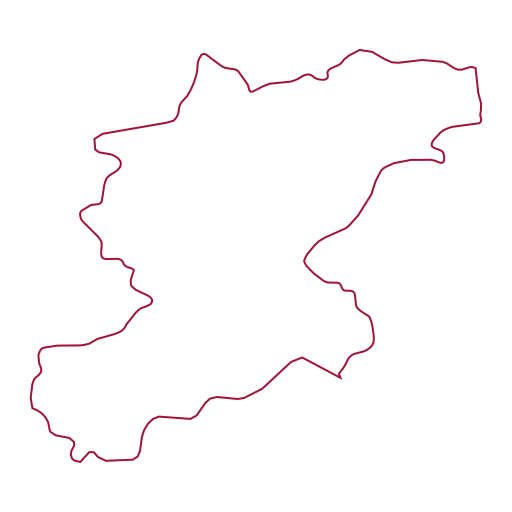 the Province of Belluno
{"feature_id": "ITA-5467", "entity_name": "Belluno", "entity_type": "Province", "adm_level": 1, "iso_a3": "ITA", "parent_name": "Italy", "parent_adm1": "", "projection": "robinson", "projection_center": [12.178, 46.278], "detail": "fine", "context": "isolated", "style": "outline", "palette": "rose", "viewbox_px": 512, "rotation_deg": 0, "n_neighbors": 0, "source": "natural_earth", "source_scale": "10m", "svg_char_len": 3516}
<svg xmlns="http://www.w3.org/2000/svg" viewBox="0 0 512 512"><path d="M359.6,50.0L372.2,51.9L385.1,59.4L391.9,62.3L398.1,62.8L422.2,60.0L442.8,61.8L443.5,62.1L446.8,63.4L454.4,68.3L458.2,69.7L462.1,69.6L468.8,67.4L472.0,67.0L475.6,68.1L478.2,92.7L481.1,103.5L480.9,110.2L480.2,115.1L481.3,119.5L480.6,122.0L479.4,123.2L452.0,126.9L448.0,128.2L444.4,129.8L442.7,130.8L440.5,132.5L433.4,140.2L431.8,143.3L431.6,145.6L432.8,147.0L434.3,148.0L436.2,148.8L438.3,149.4L442.0,151.1L443.3,153.0L444.1,155.6L444.2,160.1L443.2,162.3L441.3,162.9L439.3,162.5L435.5,160.9L431.0,159.8L411.2,159.9L393.7,163.2L384.6,167.5L382.5,169.2L380.9,171.0L375.6,181.2L372.5,190.7L371.4,194.3L358.1,215.5L349.5,225.1L346.1,228.1L324.7,237.7L318.5,241.5L314.3,245.7L307.4,254.0L305.2,258.0L304.2,260.5L304.4,262.1L306.0,265.2L307.1,266.6L313.5,273.2L323.8,281.0L325.6,281.8L327.7,282.5L337.1,282.7L339.1,283.3L340.4,284.4L341.2,286.0L341.9,287.8L342.7,289.3L344.0,290.4L346.2,290.7L350.9,290.8L353.0,291.5L354.5,293.2L355.2,297.0L355.9,304.3L356.3,306.2L357.2,307.7L358.3,309.0L361.1,311.3L369.1,316.5L370.6,319.5L372.0,324.0L373.6,334.2L373.8,339.2L373.5,342.6L372.4,344.9L371.5,346.1L370.4,347.3L367.5,349.6L364.1,351.3L353.9,354.0L352.3,354.8L350.8,356.0L349.5,357.2L348.3,358.7L347.4,360.4L345.8,363.8L343.7,367.4L338.9,373.8L340.4,377.8L302.2,357.5L291.1,361.9L262.3,388.7L244.0,398.0L237.7,399.0L216.8,397.0L209.9,398.7L205.3,403.0L196.6,415.5L190.4,418.9L158.8,416.6L152.9,419.0L147.9,423.8L144.1,430.1L141.8,437.3L140.0,451.1L137.7,456.5L132.7,459.7L106.0,460.8L98.1,457.1L93.9,452.3L89.3,452.1L80.3,462.0L74.1,460.4L71.9,458.3L70.8,454.6L71.4,450.9L74.3,445.4L73.9,442.0L69.5,438.0L55.7,435.3L50.4,431.8L49.6,429.7L48.1,422.1L45.2,417.0L41.4,413.0L37.0,410.2L32.4,408.2L30.7,397.8L32.3,384.4L33.6,380.5L35.1,378.0L38.7,375.1L40.8,372.4L41.3,370.2L41.1,368.1L39.4,364.1L38.9,360.9L38.4,355.0L40.0,350.8L41.7,348.6L43.9,347.7L57.3,345.6L80.5,345.4L85.1,344.7L89.2,343.7L97.5,338.9L115.8,333.7L120.9,331.4L123.3,329.3L124.8,327.5L126.6,324.2L135.7,312.7L138.6,309.9L141.1,308.2L146.4,306.3L150.5,304.2L151.9,302.1L152.1,300.1L151.4,298.4L150.1,297.1L148.6,296.0L136.0,289.9L133.0,287.5L131.8,286.2L130.9,284.7L130.7,282.1L131.0,279.0L133.9,270.3L133.5,269.9L132.7,269.0L131.1,268.3L127.0,266.9L125.3,265.9L124.1,264.7L122.5,261.4L121.3,260.1L119.5,259.3L117.3,258.8L107.4,259.1L105.1,258.9L103.1,258.3L101.7,256.6L101.1,253.8L101.7,245.1L101.6,242.4L100.8,240.6L99.9,239.1L97.8,236.4L82.5,221.2L81.3,219.4L80.5,217.1L80.0,213.8L80.7,211.8L82.1,210.4L90.1,205.5L91.9,204.8L98.8,204.1L101.0,202.7L101.9,200.9L104.2,185.4L105.2,181.6L106.3,178.9L107.4,177.4L108.7,176.1L111.6,174.0L115.3,171.8L117.5,170.2L120.1,167.0L120.8,164.5L120.8,162.4L120.0,160.7L118.9,159.3L117.7,158.0L114.6,155.9L110.5,154.3L99.0,152.3L95.2,149.5L94.4,139.0L102.6,133.8L166.7,122.7L173.5,120.7L174.7,119.5L175.9,118.1L176.9,116.5L177.7,114.8L178.4,112.8L179.4,106.3L180.3,104.2L181.6,102.1L187.1,96.2L190.9,89.5L193.9,82.5L196.4,74.7L197.2,70.5L197.7,63.5L198.3,60.9L199.4,58.2L201.6,54.7L203.7,53.9L205.6,54.2L222.0,66.4L225.6,68.0L234.9,69.4L236.9,70.2L238.3,71.3L247.6,84.4L248.2,86.1L249.3,90.1L250.9,91.9L253.3,91.3L263.0,86.3L269.6,83.7L290.1,81.7L294.6,80.4L298.4,78.7L302.9,75.8L306.0,74.7L308.9,74.4L310.9,75.1L312.6,76.1L314.0,77.3L316.1,78.5L318.8,79.4L323.4,79.9L326.0,79.2L327.5,78.0L327.9,76.2L327.4,72.5L328.2,70.6L330.4,68.7L338.4,65.1L340.6,63.7L341.9,62.4L344.0,59.5L349.2,55.4L359.6,50.0Z" fill="none" stroke="#9f1239" stroke-width="2"/></svg>